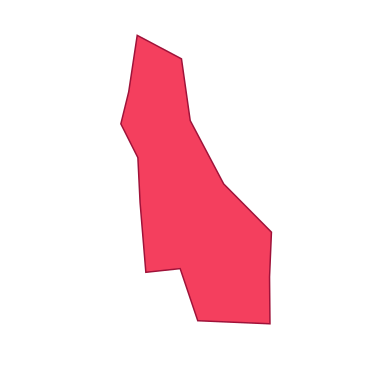 Paola, Albers equal-area conic projection, rotated 133°
{"feature_id": "MLT-5958", "entity_name": "Paola", "entity_type": "state/province", "adm_level": 1, "iso_a3": "MLT", "parent_name": "Malta", "parent_adm1": "", "projection": "albers", "projection_center": [14.504, 35.872], "detail": "fine", "context": "isolated", "style": "filled", "palette": "rose", "viewbox_px": 384, "rotation_deg": 133, "n_neighbors": 0, "source": "natural_earth", "source_scale": "10m", "svg_char_len": 349}
<svg xmlns="http://www.w3.org/2000/svg" viewBox="0 0 384 384"><g transform="rotate(133 192 192)"><path d="M235.2,222.7L203.8,255.0L190.7,290.5L161.9,306.6L114.8,338.9L101.8,290.5L141.0,242.0L164.5,174.3L167.2,106.5L201.2,77.4L235.2,45.1L282.2,100.0L256.1,148.4L282.2,171.0L235.2,222.7Z" fill="#f43f5e" stroke="#9f1239" stroke-width="1.5"/></g></svg>